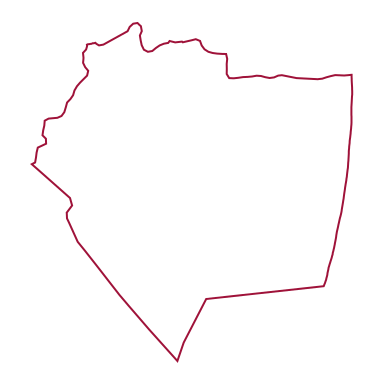 outline of Tur Al Bahah, Lahij, Yemen
{"feature_id": "15242507B87552266659548", "entity_name": "Tur Al Bahah", "entity_type": "district", "adm_level": 2, "iso_a3": "YEM", "parent_name": "Yemen", "parent_adm1": "Lahij", "projection": "robinson", "projection_center": [44.539, 13.001], "detail": "fine", "context": "isolated", "style": "outline", "palette": "rose", "viewbox_px": 384, "rotation_deg": 0, "n_neighbors": 0, "source": "geoboundaries", "source_scale": "gbopen_adm2", "svg_char_len": 3041}
<svg xmlns="http://www.w3.org/2000/svg" viewBox="0 0 384 384"><path d="M86.9,44.7L87.1,45.8L86.9,46.8L86.1,49.5L83.0,52.9L83.5,57.8L83.3,60.7L83.2,61.3L83.1,62.9L85.2,67.2L88.2,70.8L87.1,75.6L83.4,79.3L80.1,82.6L77.0,86.2L75.3,89.1L74.5,90.4L73.1,95.2L70.4,99.1L67.1,102.5L65.8,107.3L64.3,112.2L61.5,116.0L57.4,117.8L53.0,118.2L48.6,118.6L44.7,120.7L44.3,125.6L43.2,130.4L42.5,135.3L45.9,138.7L46.1,143.7L41.9,145.7L37.8,147.6L36.6,152.6L36.0,157.5L35.1,162.5L31.8,164.2L40.2,171.6L70.0,198.0L72.1,205.5L66.7,212.7L66.8,213.6L67.0,218.4L69.2,223.0L77.7,241.8L85.0,250.8L89.4,256.4L95.7,264.4L100.3,270.3L104.8,276.1L119.5,295.0L123.6,299.8L128.6,305.7L149.3,329.7L177.4,361.0L183.7,342.6L206.2,299.0L323.7,286.2L323.8,286.0L324.4,284.4L325.0,283.0L325.5,281.4L326.1,279.8L326.4,278.3L326.9,276.5L327.3,274.9L327.5,273.1L327.9,271.3L328.3,269.6L328.6,267.6L329.1,266.1L329.6,264.3L330.1,262.8L330.6,261.1L331.2,259.3L331.7,257.7L332.1,256.0L332.6,254.5L332.8,252.8L333.3,251.1L333.7,249.3L334.1,247.7L334.4,246.1L334.8,244.2L334.8,243.9L335.1,242.4L335.5,240.4L335.8,238.8L336.1,237.1L336.3,235.3L336.6,233.5L336.9,231.7L337.3,230.0L337.7,228.3L338.1,226.5L338.4,224.9L338.8,223.2L339.2,221.4L339.6,219.5L340.0,217.8L340.5,216.1L340.9,214.5L341.3,212.7L341.6,211.1L341.8,209.4L342.1,207.6L342.4,205.9L342.7,204.1L343.0,202.3L343.3,200.3L343.6,198.7L343.8,197.0L344.0,195.4L344.3,193.2L344.6,191.3L344.9,189.3L345.1,187.6L345.4,185.8L345.7,183.8L346.0,182.2L346.3,180.4L346.5,178.5L346.8,176.9L347.0,174.8L347.2,173.0L347.4,171.4L347.6,169.7L347.9,167.9L348.0,166.2L348.1,164.6L348.2,162.7L348.4,160.8L348.5,158.9L348.6,157.2L348.7,155.4L348.8,153.7L348.8,151.8L348.9,150.0L349.1,148.3L349.2,146.4L349.4,144.8L349.6,143.2L349.7,140.9L349.9,139.3L350.2,137.2L350.4,135.3L350.6,133.7L350.7,132.0L350.9,130.2L351.1,128.4L351.2,126.8L351.4,124.7L351.5,122.7L351.5,120.6L351.5,118.7L351.5,116.6L351.4,114.9L351.4,112.9L351.4,111.1L351.4,109.7L351.4,109.2L351.4,107.1L351.5,105.5L351.6,103.8L351.7,102.1L351.8,100.0L351.9,98.3L352.0,96.3L352.2,94.6L352.2,92.9L352.2,91.0L352.1,89.4L352.1,87.8L352.0,85.8L351.9,84.1L351.8,82.4L351.7,80.4L351.7,78.8L351.6,77.1L351.6,75.5L351.6,74.8L351.4,74.8L348.9,75.1L344.2,75.5L339.8,75.3L335.2,75.1L330.8,76.1L326.4,77.3L322.2,78.7L319.2,79.0L317.8,79.2L296.6,78.1L281.9,75.2L278.2,75.6L274.1,77.4L269.6,78.0L265.3,77.2L261.0,76.0L256.6,75.7L252.1,76.5L247.5,76.9L243.0,77.1L238.3,77.8L233.7,78.3L229.2,78.1L226.7,74.0L226.8,69.0L226.7,63.9L227.2,58.9L226.1,54.0L221.8,53.9L217.1,53.6L212.7,53.0L208.4,51.8L204.5,49.3L201.7,45.5L200.0,40.9L199.4,40.7L199.2,40.6L195.8,39.2L191.5,40.3L187.1,41.3L182.8,42.3L182.0,41.6L175.2,42.4L169.6,41.0L168.2,42.9L163.9,43.7L159.7,45.4L155.9,48.0L152.3,51.0L147.9,51.8L143.9,49.7L141.7,45.2L140.7,40.5L139.9,35.5L141.8,31.1L140.9,26.2L139.2,24.7L137.5,23.0L133.2,23.7L129.7,26.9L127.6,31.2L103.4,44.6L99.0,45.4L96.3,43.8L95.4,42.8L93.7,43.3L93.3,43.2L92.8,43.2L91.5,43.8L90.4,43.9L88.9,44.2L88.2,44.2L87.4,44.4L86.9,44.7Z" fill="none" stroke="#9f1239" stroke-width="2"/></svg>